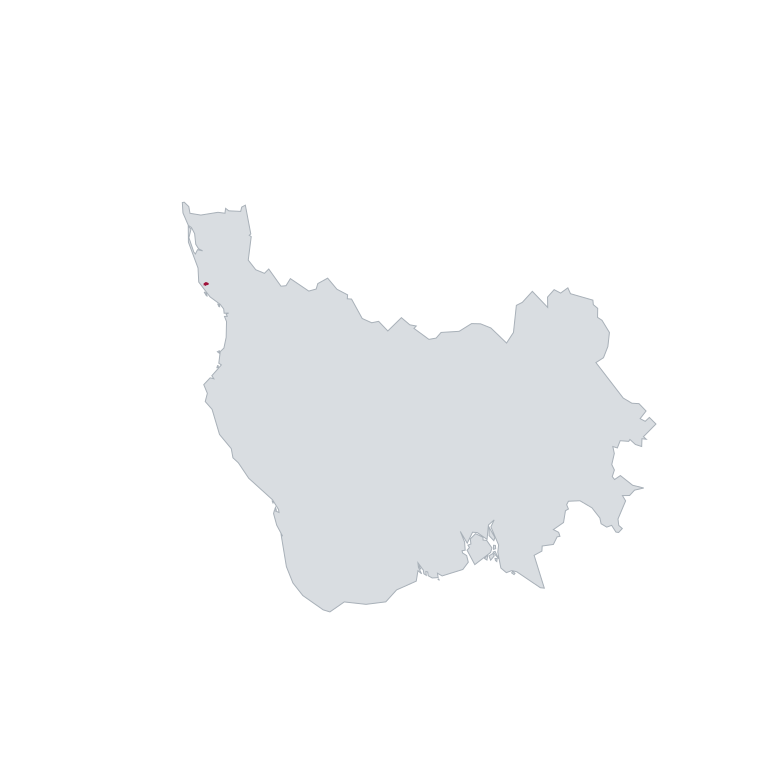 Rio Fortuna, Santa Catarina, Brazil (highlighted), rotated 135°
{"feature_id": "56859067B10266050970053", "entity_name": "Rio Fortuna", "entity_type": "district", "adm_level": 2, "iso_a3": "BRA", "parent_name": "Brazil", "parent_adm1": "Santa Catarina", "projection": "equal_earth", "projection_center": [-49.197, -28.079], "detail": "fine", "context": "in_parent", "style": "filled", "palette": "rose", "viewbox_px": 768, "rotation_deg": 135, "n_neighbors": 0, "source": "geoboundaries", "source_scale": "gbopen_adm2", "svg_char_len": 4449}
<svg xmlns="http://www.w3.org/2000/svg" viewBox="0 0 768 768"><g transform="rotate(135 384 384)"><path d="M251.5,170.4L257.1,176.9L264.2,173.8L266.4,178.0L270.3,172.0L279.9,166.0L281.9,160.3L288.1,157.1L288.5,153.4L281.6,152.1L279.8,136.6L273.9,126.8L281.9,131.8L289.2,131.5L294.3,136.5L295.8,130.5L314.0,123.1L318.0,118.0L317.7,113.3L323.1,113.1L324.7,115.3L323.0,123.1L327.7,125.3L329.3,131.7L326.1,136.6L324.5,149.4L328.0,162.9L336.5,170.7L340.2,169.5L342.0,165.2L345.3,166.1L355.0,159.1L367.2,161.3L365.4,155.6L367.3,151.9L369.7,153.5L377.7,150.8L386.7,157.6L390.5,154.2L399.0,156.7L415.0,126.3L417.5,129.4L422.9,157.4L425.6,161.7L430.9,164.1L431.5,171.2L422.4,184.7L416.8,189.1L409.4,207.4L402.2,210.0L409.8,210.5L421.0,201.3L423.1,213.0L426.2,216.6L437.7,212.6L434.3,225.8L438.8,215.2L444.1,209.1L446.7,210.9L447.9,209.0L446.9,204.2L450.4,198.4L459.4,197.1L478.6,207.2L480.0,212.4L482.6,208.8L487.1,212.8L488.3,217.2L486.0,220.2L487.0,221.8L489.4,218.8L490.0,221.6L487.8,224.6L486.4,233.6L489.4,229.9L491.6,223.2L492.0,228.0L500.6,221.8L520.7,229.5L536.8,228.7L552.5,240.9L566.2,258.0L583.4,261.1L586.7,267.3L591.0,291.8L589.1,307.7L582.2,323.8L563.3,350.2L563.3,348.1L559.7,360.0L553.7,370.5L551.0,372.1L549.1,367.4L547.3,369.8L544.7,381.0L546.3,413.0L542.7,431.3L543.0,438.6L537.7,446.3L536.0,464.6L523.5,487.6L522.8,498.0L515.5,502.3L511.9,511.0L502.6,511.3L500.6,508.0L499.9,511.6L485.5,512.5L486.1,515.5L476.9,522.7L471.8,522.6L462.6,528.6L451.2,539.5L449.0,544.6L447.0,542.7L446.2,545.0L443.7,544.0L447.0,547.1L444.3,550.4L443.5,556.1L445.4,568.6L442.9,587.1L433.5,597.5L422.0,622.6L411.0,633.8L410.8,630.1L418.5,625.4L425.2,611.8L425.4,609.3L420.9,610.8L418.1,606.4L419.5,610.8L418.3,615.9L411.6,624.2L409.5,630.8L410.2,634.5L405.2,647.1L398.3,654.9L396.7,653.8L396.6,647.5L400.5,641.9L394.1,633.0L380.0,622.8L375.7,617.2L371.8,620.2L371.3,616.2L363.3,607.4L359.5,609.7L355.6,608.5L372.1,584.3L374.1,584.5L373.7,582.1L392.4,567.6L393.9,555.5L390.3,546.8L384.2,546.8L387.7,526.0L383.8,522.8L375.7,524.7L371.5,502.9L364.8,499.1L359.8,501.8L349.0,498.7L350.3,484.3L346.7,472.8L349.7,470.2L346.9,467.0L353.1,445.7L349.4,436.0L343.5,432.1L343.8,418.8L324.8,418.6L323.9,407.6L320.2,402.2L323.5,402.1L320.7,383.8L314.7,379.6L307.2,380.1L293.6,368.1L279.4,364.8L273.2,358.3L268.8,348.0L268.4,326.3L256.0,328.9L234.8,346.0L228.4,343.9L213.6,344.6L214.1,322.4L206.9,329.8L197.0,330.4L194.8,323.4L186.0,322.0L188.3,316.0L177.0,295.6L179.9,292.1L179.4,286.4L185.9,280.1L184.8,274.9L188.2,261.0L199.2,252.2L210.2,247.4L219.0,249.3L224.8,204.9L222.3,195.1L217.6,189.8L217.8,179.6L227.4,178.4L225.7,172.9L220.0,172.7L220.0,163.4L237.8,163.3L237.6,159.5L240.3,162.9L246.0,157.6L249.0,163.5L249.3,170.9L251.5,170.4ZM427.8,189.5L447.5,192.1L442.8,207.7L439.2,208.0L438.6,210.7L435.7,209.4L432.5,213.4L425.1,213.4L422.4,205.6L424.3,203.6L422.0,200.8L423.6,191.8L427.8,189.5ZM411.0,208.3L414.1,197.1L417.1,195.6L416.9,202.5L411.0,208.3ZM433.2,184.0L431.3,188.2L426.8,187.2L427.6,184.5L433.2,184.0ZM426.5,179.4L425.7,188.0L423.8,187.1L426.5,179.4ZM436.3,189.5L433.5,189.9L432.2,189.2L435.7,186.7L436.3,189.5ZM423.5,189.7L420.6,192.5L419.4,191.1L421.5,188.6L423.5,189.7ZM428.8,182.2L427.5,180.5L429.8,178.7L430.0,180.4L428.8,182.2ZM427.3,160.2L425.6,160.6L425.2,157.5L426.8,157.3L427.3,160.2ZM446.1,576.3L445.5,573.7L446.8,571.3L447.2,572.0L446.1,576.3ZM478.6,521.7L479.0,524.6L477.0,524.0L478.6,521.7ZM445.1,557.9L444.3,556.4L445.6,554.8L446.0,555.5L445.1,557.9ZM488.9,228.0L487.7,231.2L488.9,226.7L488.9,228.0ZM549.9,372.6L548.0,373.5L549.3,371.0L549.9,372.6ZM490.6,513.7L488.7,514.7L488.3,514.1L489.5,512.8L490.6,513.7ZM546.6,378.4L545.9,380.1L545.4,379.0L546.6,378.4ZM483.7,206.0L483.8,207.7L483.2,207.5L483.7,206.0Z" fill="#d9dde1" stroke="#a8b0b8" stroke-width="1"/><path d="M440.6,581.4L440.4,581.3L440.4,581.2L440.3,580.9L440.3,580.7L440.3,580.4L440.3,580.2L440.2,580.1L439.4,580.6L439.3,580.4L439.2,580.4L439.1,580.2L438.9,580.1L438.8,579.9L438.7,579.8L438.7,579.7L438.4,579.6L438.3,579.8L438.2,579.8L438.2,579.7L438.0,579.4L438.0,579.2L437.9,579.2L437.7,579.2L437.6,579.3L437.5,579.5L437.6,579.8L437.7,580.0L437.8,580.0L437.9,580.3L437.9,580.5L438.0,580.7L438.0,580.8L438.3,580.9L438.3,581.0L438.4,581.3L438.5,581.4L438.5,581.5L438.8,581.6L439.2,581.3L439.3,581.4L439.3,581.5L439.5,581.7L439.8,581.7L440.0,581.7L440.1,581.8L440.2,581.7L440.3,581.7L440.5,581.5L440.6,581.4L440.6,581.4Z" fill="#f43f5e" stroke="#9f1239" stroke-width="1.5"/></g></svg>